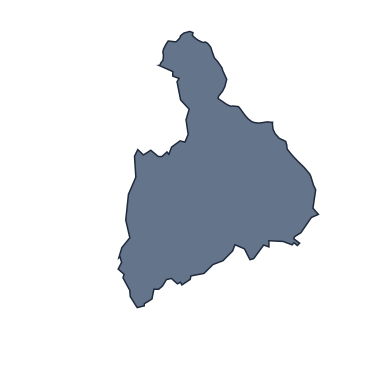 the district of Lipkovo, Lipkovo, North Macedonia, rotated 40°
{"feature_id": "65306769B52717367250393", "entity_name": "Lipkovo", "entity_type": "district", "adm_level": 2, "iso_a3": "MKD", "parent_name": "North Macedonia", "parent_adm1": "Lipkovo", "projection": "natural_earth1", "projection_center": [21.557, 42.166], "detail": "fine", "context": "isolated", "style": "filled", "palette": "slate", "viewbox_px": 384, "rotation_deg": 40, "n_neighbors": 0, "source": "geoboundaries", "source_scale": "gbopen_adm2", "svg_char_len": 1901}
<svg xmlns="http://www.w3.org/2000/svg" viewBox="0 0 384 384"><g transform="rotate(40 192 192)"><path d="M285.3,110.8L280.7,108.7L273.2,103.8L270.8,102.6L262.7,101.2L260.9,101.0L253.6,100.5L245.8,99.6L241.5,98.8L238.1,98.1L237.5,97.9L236.3,97.1L234.9,95.7L234.4,95.1L231.2,93.0L224.2,94.8L218.1,93.9L215.3,92.6L214.4,92.2L213.4,91.6L209.7,88.0L208.9,86.8L208.5,87.2L204.5,90.0L201.5,93.4L198.9,96.3L195.1,98.7L192.6,99.7L188.4,99.9L184.3,99.4L179.2,98.2L176.5,97.5L173.9,96.9L172.8,96.8L171.9,97.2L167.6,100.2L167.0,101.1L166.4,101.4L164.0,102.2L161.4,102.7L151.9,103.6L151.7,103.1L151.2,102.5L150.8,101.0L150.6,95.1L149.5,90.4L146.2,83.4L137.6,79.3L135.1,77.6L127.4,75.5L125.5,75.3L122.8,74.8L118.5,72.3L113.4,69.1L109.2,68.2L107.2,68.2L105.5,68.7L105.2,69.7L103.5,70.7L99.2,71.8L97.1,72.0L93.7,72.0L91.6,71.8L90.3,69.3L87.0,70.5L83.6,75.5L82.8,79.8L83.7,81.7L83.4,86.3L83.1,87.4L80.2,89.3L76.7,91.6L77.1,95.4L78.3,100.8L79.8,103.6L82.2,105.6L83.1,106.8L84.9,109.5L85.2,110.9L85.1,112.7L85.9,115.7L85.4,116.2L99.9,112.1L102.8,115.6L109.1,113.3L109.6,117.1L124.1,128.8L136.6,130.4L141.0,140.5L152.1,150.4L154.5,158.3L150.0,160.5L147.5,170.7L150.0,178.0L147.1,177.4L146.2,184.1L143.4,186.5L133.6,186.5L131.0,194.8L123.2,194.4L125.0,201.6L139.5,216.8L144.8,234.6L159.3,256.1L173.8,267.0L174.0,279.7L178.3,289.6L178.7,288.0L183.3,291.2L185.0,298.5L192.8,298.7L194.3,302.1L207.5,307.3L211.9,311.8L224.3,315.8L228.6,309.9L227.3,308.2L230.1,299.7L225.3,291.0L229.0,287.9L229.8,283.0L228.7,275.5L231.8,271.5L239.9,271.7L241.1,268.6L244.0,269.7L246.8,260.1L245.1,257.0L253.5,246.7L254.7,234.0L259.9,224.7L261.0,211.0L258.8,204.8L268.7,201.8L279.9,206.6L282.1,203.4L281.0,186.6L286.2,184.6L282.2,179.9L293.6,171.3L302.7,168.1L302.7,165.3L307.1,165.3L307.3,162.0L300.0,162.4L299.3,160.2L301.6,153.2L299.8,134.8L303.2,127.9L295.1,126.7L285.3,110.8Z" fill="#64748b" stroke="#1e293b" stroke-width="1.5"/></g></svg>